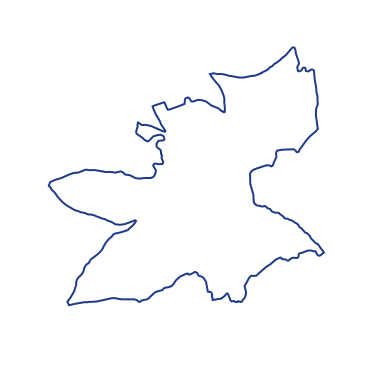 outline of Escuintla, Escuintla, Guatemala, rotated 257°
{"feature_id": "79465075B12428075404525", "entity_name": "Escuintla", "entity_type": "district", "adm_level": 2, "iso_a3": "GTM", "parent_name": "Guatemala", "parent_adm1": "Escuintla", "projection": "orthographic", "projection_center": [-90.807, 14.309], "detail": "fine", "context": "isolated", "style": "outline", "palette": "blue", "viewbox_px": 384, "rotation_deg": 257, "n_neighbors": 0, "source": "geoboundaries", "source_scale": "gbopen_adm2", "svg_char_len": 6059}
<svg xmlns="http://www.w3.org/2000/svg" viewBox="0 0 384 384"><g transform="rotate(257 192 192)"><path d="M113.1,45.9L109.3,46.7L109.4,52.4L108.8,62.7L108.2,64.6L108.2,66.7L107.4,70.2L106.7,75.0L106.6,89.6L106.1,92.5L103.3,99.1L100.4,111.5L99.2,113.8L97.4,115.0L96.8,116.0L96.8,117.2L97.2,117.6L97.6,118.2L97.6,124.5L98.5,126.8L99.8,128.2L100.0,129.0L101.5,131.3L102.2,133.0L102.8,134.1L103.1,141.1L104.3,142.7L104.8,144.2L104.4,148.8L104.9,149.6L104.9,150.9L106.6,153.4L108.2,155.0L109.7,156.7L112.3,161.4L113.4,166.7L113.6,169.4L112.2,170.3L112.2,172.5L112.6,173.7L113.5,176.9L111.9,179.0L109.8,179.2L108.5,180.3L107.8,181.8L106.6,183.2L105.4,184.1L101.1,185.5L91.6,185.0L91.0,185.4L90.6,187.5L89.7,188.3L87.1,188.5L85.9,187.9L84.0,188.2L82.1,187.8L81.6,196.6L83.3,200.3L85.2,202.8L85.3,203.4L84.8,204.0L83.5,204.3L77.9,205.1L77.0,205.6L76.5,206.1L76.4,208.1L74.8,209.9L74.6,211.6L75.1,211.9L75.1,212.9L74.0,214.4L73.8,215.1L74.1,216.0L75.8,217.7L76.9,219.4L78.2,220.3L79.8,221.4L82.1,222.1L88.4,222.1L89.2,222.6L92.6,225.8L95.4,228.2L97.1,231.0L96.5,232.7L96.0,235.6L96.3,236.7L97.1,237.6L102.2,247.1L104.1,252.4L107.3,258.4L108.3,263.2L107.8,264.0L106.5,264.5L106.2,265.2L105.8,266.3L105.5,267.4L105.2,268.0L104.3,268.9L103.8,269.4L103.5,269.9L103.5,270.6L103.7,271.3L104.3,272.0L104.7,273.0L105.0,274.0L105.2,275.2L105.1,276.2L105.0,276.7L104.2,278.5L104.1,279.6L104.2,280.1L104.4,280.5L104.8,280.9L105.4,281.3L106.1,281.6L107.1,281.9L107.5,282.1L107.9,282.8L108.0,283.4L108.1,284.1L108.0,285.7L108.1,286.6L108.3,287.2L108.5,288.1L108.4,289.6L108.7,290.3L108.9,291.2L108.8,292.0L108.6,292.5L108.5,293.4L108.4,294.2L108.2,294.9L106.9,297.0L106.6,298.7L106.2,299.1L103.1,299.9L102.1,300.4L101.6,300.9L101.3,301.6L101.3,302.1L101.4,302.6L101.5,303.1L102.1,304.5L102.9,305.6L103.1,306.1L103.2,306.9L103.9,306.6L105.3,306.3L106.0,305.9L107.7,305.0L111.3,303.6L112.3,303.2L113.0,302.7L114.2,301.3L114.9,300.7L115.9,300.0L117.3,299.3L118.5,298.4L120.1,297.5L120.7,297.3L122.2,297.1L123.7,296.3L125.3,295.3L125.7,295.0L126.2,294.5L126.5,293.8L127.0,293.2L128.0,292.6L131.7,290.6L132.1,290.4L132.4,290.1L133.2,289.1L133.6,288.8L134.3,288.5L135.0,288.3L136.0,288.2L136.6,287.9L137.0,287.5L137.6,287.0L139.4,285.1L141.2,283.5L141.6,283.2L141.9,282.6L142.2,281.9L142.4,281.5L142.7,281.1L143.7,280.0L144.3,279.2L144.6,278.8L145.0,277.4L145.2,276.9L145.5,276.4L146.0,276.0L146.8,275.8L147.4,275.6L148.2,274.8L149.3,274.0L150.1,273.2L150.6,272.7L151.8,272.1L152.2,271.6L152.4,271.1L153.0,269.1L153.4,268.0L154.0,266.9L154.5,266.2L155.0,265.6L155.6,265.2L156.0,265.0L157.4,264.5L157.9,264.0L158.2,263.6L158.9,262.4L159.4,261.9L160.1,261.4L161.1,260.8L161.6,260.4L161.9,259.9L162.0,257.4L162.2,256.8L162.7,255.8L163.5,254.6L164.1,252.5L164.6,251.8L165.2,251.4L165.8,251.2L166.4,250.6L166.8,250.1L168.8,250.0L175.8,251.2L186.7,250.6L196.9,252.7L198.7,254.4L199.7,256.5L200.4,260.6L201.3,270.8L200.5,272.9L200.5,273.6L199.2,274.7L199.5,276.6L202.1,278.2L207.1,282.1L210.7,282.6L212.3,283.4L213.2,284.6L212.8,290.2L210.8,300.7L209.0,302.2L207.2,303.0L207.2,304.9L209.5,306.8L217.1,315.6L220.2,320.2L223.1,326.1L225.3,328.8L239.4,330.0L245.4,331.8L248.8,334.1L250.4,334.5L255.3,335.3L256.6,335.9L261.2,335.7L265.4,336.4L274.1,336.9L282.8,338.1L283.3,337.8L284.0,337.2L284.3,336.6L284.4,335.9L284.4,335.3L284.0,334.2L283.4,333.2L283.5,331.8L284.0,330.9L284.2,330.3L284.7,330.2L286.6,330.4L287.3,330.2L288.0,329.4L288.1,328.7L288.0,328.1L287.7,327.6L287.0,327.0L286.2,326.1L285.7,325.2L285.5,324.3L285.5,323.5L286.0,322.6L286.6,322.5L287.5,322.5L289.7,322.7L290.4,322.9L291.6,324.1L293.2,325.1L294.7,325.3L303.6,324.4L307.2,324.7L309.6,324.3L310.2,322.8L309.9,321.8L304.4,314.5L302.7,311.1L302.6,310.2L301.2,308.3L299.2,304.2L298.3,301.1L296.6,298.5L295.8,295.6L294.7,294.3L293.7,291.9L292.8,287.5L292.3,286.9L292.4,285.7L291.9,285.2L291.9,283.7L291.5,282.9L291.2,278.2L291.7,277.1L291.9,268.0L292.7,264.8L292.7,264.3L294.5,260.0L296.1,256.5L296.6,254.8L299.0,250.5L300.5,246.9L301.0,243.8L302.7,240.0L302.9,239.4L302.8,236.0L299.7,237.1L293.0,240.3L291.8,241.1L289.5,242.3L283.3,243.9L278.0,244.6L273.9,244.3L273.2,243.8L265.1,242.7L262.6,241.8L262.6,240.9L262.9,240.4L263.9,239.9L263.9,239.4L264.6,238.7L266.8,237.2L268.6,235.2L271.7,230.6L277.0,226.1L279.4,222.0L279.8,220.3L280.5,218.5L279.9,214.9L280.2,212.1L281.1,211.4L283.8,210.6L285.1,209.4L284.6,206.6L283.6,205.9L279.6,204.6L278.8,200.1L277.4,188.8L277.7,186.8L278.5,186.5L282.7,185.9L285.7,185.1L284.6,173.6L284.2,172.8L281.0,173.2L275.5,174.3L268.4,176.6L265.0,177.0L257.7,179.8L257.1,179.6L256.9,179.0L257.1,178.3L265.5,166.9L267.8,162.2L268.5,158.3L270.2,156.7L271.8,155.0L269.6,154.0L267.7,153.6L263.6,151.2L261.2,151.1L255.9,156.0L253.3,157.5L252.6,158.7L251.2,160.0L251.8,162.0L254.9,166.7L255.2,171.4L254.9,174.0L253.5,176.3L252.5,176.8L250.1,177.1L249.2,176.8L248.8,175.9L249.4,170.8L246.7,168.1L244.3,167.8L242.9,168.4L241.2,169.8L239.6,171.0L236.0,170.4L234.5,171.1L233.1,170.2L230.7,170.1L228.1,170.7L227.0,170.4L226.0,169.4L226.5,166.0L227.9,163.0L227.7,161.0L226.3,160.1L221.3,161.7L219.5,161.1L217.5,159.9L215.9,158.4L215.3,157.4L214.9,155.0L216.3,148.8L216.9,143.5L218.3,140.0L222.3,135.3L224.1,130.7L226.1,129.7L228.1,127.3L228.1,121.9L228.4,120.5L228.9,119.9L230.1,116.4L230.8,112.6L232.9,107.8L235.3,102.0L236.2,97.5L237.7,93.5L236.5,85.8L237.1,81.4L236.8,77.3L235.0,67.7L234.6,60.9L233.4,55.9L230.2,53.8L228.4,55.1L225.7,55.9L222.9,57.7L219.7,59.3L218.7,59.4L211.4,63.4L207.1,66.9L200.6,73.8L198.7,77.3L197.4,78.9L195.4,83.4L194.2,84.7L193.1,86.8L193.1,87.8L190.9,92.1L189.3,94.0L188.3,96.0L187.5,96.6L184.7,101.6L182.8,103.7L181.0,106.8L177.9,109.9L176.3,114.2L175.8,119.1L177.2,130.2L176.4,130.9L174.7,129.5L171.7,125.3L171.5,124.4L169.3,120.7L168.7,113.4L168.8,107.5L168.2,105.5L166.5,103.7L165.2,100.9L162.3,96.9L158.6,93.4L157.6,92.9L155.1,90.2L152.6,86.1L149.1,78.3L145.9,75.2L145.3,73.2L143.9,71.4L142.4,70.2L141.9,69.7L139.6,68.7L136.9,66.5L134.1,61.8L132.5,60.2L130.4,58.9L127.8,58.4L121.6,54.7L116.3,49.7L115.5,48.6L113.1,45.9Z" fill="none" stroke="#1e3a8a" stroke-width="2"/></g></svg>